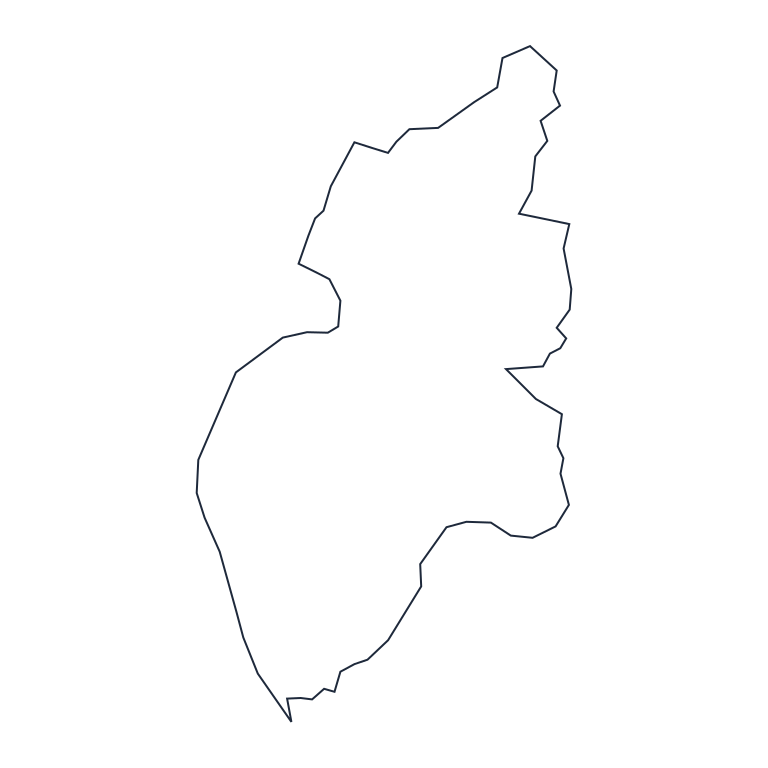 Bom Retiro do Sul, Rio Grande do Sul, Brazil
{"feature_id": "56859067B38200591405755", "entity_name": "Bom Retiro do Sul", "entity_type": "district", "adm_level": 2, "iso_a3": "BRA", "parent_name": "Brazil", "parent_adm1": "Rio Grande do Sul", "projection": "equal_earth", "projection_center": [-51.914, -29.636], "detail": "fine", "context": "isolated", "style": "outline", "palette": "slate", "viewbox_px": 768, "rotation_deg": 0, "n_neighbors": 0, "source": "geoboundaries", "source_scale": "gbopen_adm2", "svg_char_len": 1010}
<svg xmlns="http://www.w3.org/2000/svg" viewBox="0 0 768 768"><path d="M561.9,414.2L535.9,399.0L506.0,369.1L543.0,366.4L549.9,353.6L560.3,348.2L566.2,338.4L556.7,327.8L569.7,309.6L571.3,289.0L563.6,248.5L569.3,224.1L539.0,217.8L519.0,213.7L531.6,190.6L535.3,156.4L547.3,140.9L540.6,120.8L560.0,105.6L553.6,91.5L556.7,70.5L530.0,46.1L502.5,58.0L497.2,87.4L474.2,102.1L438.1,127.9L409.4,129.2L396.4,141.7L388.0,152.9L372.2,148.0L354.4,142.3L330.8,186.3L323.5,210.7L315.1,218.4L308.4,235.7L298.6,263.7L317.4,273.0L329.4,279.2L340.4,300.7L338.2,326.5L327.8,332.7L307.0,332.2L282.8,337.6L235.9,372.4L198.3,459.9L196.7,493.0L204.6,517.7L219.7,551.7L236.4,611.7L243.3,637.5L257.8,673.6L291.4,721.9L287.1,698.6L300.7,698.0L312.1,699.4L324.1,688.8L334.5,691.8L340.4,671.7L354.5,664.1L367.5,659.7L388.1,640.2L421.2,586.4L420.2,564.1L446.5,527.2L466.4,521.8L490.9,522.6L510.8,535.6L532.6,537.8L555.6,526.4L568.9,504.9L560.5,473.7L563.4,458.2L557.7,446.3L561.9,414.2Z" fill="none" stroke="#1e293b" stroke-width="2"/></svg>